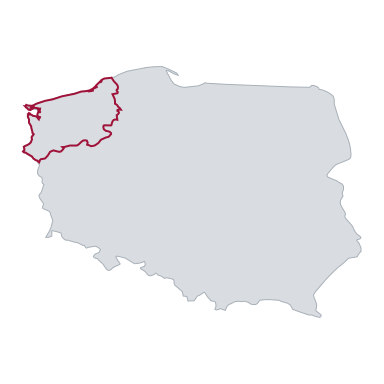 where West Pomeranian sits in Poland
{"feature_id": "POL-3142", "entity_name": "West Pomeranian", "entity_type": "Voivodeship", "adm_level": 1, "iso_a3": "POL", "parent_name": "Poland", "parent_adm1": "", "projection": "natural_earth1", "projection_center": [15.248, 53.587], "detail": "fine", "context": "in_parent", "style": "outline", "palette": "rose", "viewbox_px": 384, "rotation_deg": 0, "n_neighbors": 0, "source": "natural_earth", "source_scale": "10m", "svg_char_len": 6888}
<svg xmlns="http://www.w3.org/2000/svg" viewBox="0 0 384 384"><path d="M342.8,208.8L344.7,211.8L345.5,214.1L344.8,216.0L345.2,217.8L352.2,225.8L355.0,231.6L356.7,233.8L360.5,236.8L360.9,238.0L359.5,239.1L357.3,239.5L356.7,240.5L359.1,243.3L361.0,247.9L361.0,251.6L359.7,252.6L358.2,254.8L357.2,256.8L348.4,258.3L346.3,260.5L341.6,264.7L338.4,267.1L333.7,271.5L326.2,279.1L315.4,291.8L313.5,294.8L314.0,297.2L316.2,302.9L316.7,305.4L316.4,307.8L315.8,309.9L316.0,310.8L321.0,314.8L321.2,315.6L320.8,316.6L319.8,317.4L316.0,316.6L311.8,314.9L310.4,315.1L308.2,314.8L298.8,311.6L292.5,309.2L291.8,307.6L290.5,305.2L287.8,303.3L281.7,301.6L279.2,300.3L269.3,299.6L265.0,299.6L262.0,300.1L260.0,300.0L257.4,303.5L255.6,304.5L252.9,304.6L250.6,304.0L248.1,302.2L244.2,301.2L241.4,301.7L239.4,301.3L237.6,301.2L237.0,301.5L235.6,301.5L233.5,302.3L231.3,303.6L228.8,304.5L226.9,306.5L225.3,310.4L220.4,308.6L218.8,309.4L216.6,309.9L215.0,309.4L215.3,308.0L216.0,306.5L215.9,304.4L215.4,302.1L213.9,301.3L211.7,301.0L210.5,300.5L210.4,299.8L209.2,298.8L207.1,296.3L205.2,293.1L203.9,292.2L202.0,293.7L199.2,295.4L197.4,296.0L194.1,300.8L187.9,301.0L187.5,298.7L186.8,296.5L183.1,296.0L183.0,294.7L182.2,291.5L174.8,285.2L173.9,282.6L174.2,281.6L173.7,279.9L172.1,278.9L166.3,277.7L164.9,278.4L163.5,277.7L161.4,276.2L157.8,275.0L157.4,274.4L156.1,273.3L155.4,273.1L154.9,273.8L153.9,274.7L150.2,275.9L148.7,275.4L147.3,274.4L145.8,272.2L143.5,270.3L141.7,269.6L140.6,268.6L140.4,267.8L144.4,266.3L145.3,264.6L144.7,261.7L144.1,261.3L142.5,262.3L139.1,263.2L136.0,263.6L134.4,263.6L125.4,258.2L119.6,256.6L116.1,256.1L115.8,256.7L117.3,259.7L120.0,263.4L119.9,264.4L114.9,266.6L112.8,267.8L111.0,269.6L109.4,270.4L108.0,270.2L106.6,269.4L102.8,263.9L98.2,259.7L97.6,258.7L96.1,258.5L94.1,257.5L93.4,256.3L94.4,254.9L95.8,253.7L98.3,252.9L99.1,252.2L99.5,251.1L100.5,249.7L100.2,249.2L98.4,247.7L95.8,246.2L88.4,247.3L86.4,248.1L85.3,247.1L84.4,245.5L82.6,245.3L80.0,243.9L77.0,242.5L74.1,242.1L68.0,240.2L65.6,240.1L64.3,239.4L62.9,237.9L61.7,236.3L61.0,233.0L56.5,231.6L52.1,230.6L51.7,231.1L51.9,234.4L51.7,236.2L48.7,237.3L45.8,237.4L46.0,236.8L49.5,230.9L51.1,227.1L52.8,220.3L50.7,214.9L50.1,212.4L49.1,211.2L43.0,208.6L42.5,207.7L43.5,204.1L43.0,202.6L41.6,201.0L39.6,197.9L38.9,195.3L41.4,192.1L43.1,186.7L44.0,184.5L42.4,183.3L42.0,181.6L42.4,179.1L41.6,177.3L39.4,176.1L38.0,174.5L37.4,172.5L37.9,169.5L39.6,165.3L36.1,160.2L27.4,154.4L23.2,150.2L23.6,147.9L25.4,145.8L28.7,143.9L31.3,140.5L32.7,136.5L32.8,132.9L29.0,121.2L28.4,118.3L27.7,113.8L35.3,116.3L38.5,117.6L38.1,116.1L37.5,114.7L37.9,112.8L37.7,109.8L30.8,108.3L26.3,107.8L25.8,105.7L26.2,104.4L27.5,105.2L32.0,105.5L43.0,101.5L62.0,96.3L82.3,91.4L87.0,90.9L91.8,89.9L93.5,88.1L95.3,86.8L98.0,83.6L104.1,78.7L114.9,76.9L118.9,74.5L127.3,71.2L146.4,67.5L154.4,66.7L162.3,66.6L169.3,69.5L176.8,73.1L178.2,75.3L174.1,73.9L168.2,70.7L166.1,70.6L171.2,80.4L174.0,83.9L179.6,86.5L184.3,87.4L198.5,85.8L203.5,83.7L205.0,82.7L206.3,83.2L225.0,84.3L290.1,86.9L308.8,87.3L309.9,87.1L311.7,85.4L314.1,85.6L316.8,86.6L318.2,87.4L318.7,88.3L319.1,89.3L320.6,89.5L323.4,90.3L327.2,92.0L330.2,93.7L333.1,96.1L334.1,98.9L334.3,102.0L334.2,104.0L338.9,119.4L345.8,133.4L348.4,140.2L349.5,143.8L350.5,149.1L350.9,152.8L351.0,154.9L350.6,157.7L348.8,159.4L336.8,164.3L334.5,165.8L331.1,169.6L327.9,173.5L327.2,174.8L327.0,175.7L327.8,177.0L332.2,179.0L336.7,180.7L338.2,182.0L341.5,183.6L342.8,185.0L343.5,186.3L343.5,189.2L342.2,193.2L343.0,196.2L341.6,198.3L340.4,200.5L340.4,204.5L342.8,208.8Z" fill="#d9dde1" stroke="#a8b0b8" stroke-width="1"/><path d="M39.2,162.3L37.3,160.6L35.3,160.0L34.3,159.0L33.7,158.8L33.3,158.5L32.2,156.7L31.7,156.3L28.1,154.2L27.2,153.8L26.1,152.8L25.4,152.6L24.7,152.6L24.0,152.4L23.4,152.0L23.0,151.4L23.9,150.8L24.3,150.3L24.4,149.5L24.4,149.0L24.0,147.4L23.8,147.0L23.8,146.7L25.4,145.8L27.4,145.0L29.4,143.8L30.4,142.9L30.9,142.2L31.0,141.8L32.0,139.4L31.9,138.8L31.7,138.1L31.6,137.5L31.7,136.9L31.9,136.4L32.3,136.0L32.6,135.8L32.9,135.5L33.7,134.2L33.3,133.9L33.2,133.7L32.7,133.3L32.5,133.1L32.4,132.7L32.4,131.9L32.3,131.5L32.1,130.7L31.4,128.2L31.1,126.0L30.4,125.1L30.0,124.2L29.2,123.2L29.0,122.4L29.0,121.4L29.0,119.8L29.0,119.4L28.3,117.8L27.8,116.9L27.9,116.3L27.9,115.1L28.2,115.0L28.8,114.8L29.3,114.5L29.3,114.2L28.7,113.9L29.1,113.7L29.1,113.4L28.7,113.3L28.9,113.0L29.3,113.2L29.7,113.4L30.1,113.6L30.5,114.4L31.0,114.7L31.9,115.0L32.6,115.6L32.9,115.8L34.4,116.0L36.2,116.5L36.8,116.9L37.3,117.4L38.4,119.0L38.8,119.4L39.0,118.6L39.1,118.2L39.4,117.9L39.9,117.7L39.8,117.3L39.9,117.1L39.5,117.0L38.7,116.9L38.3,116.8L37.3,114.9L37.5,113.9L38.3,112.1L38.7,112.3L39.0,112.3L39.4,112.1L39.9,112.1L39.7,111.0L39.8,110.2L40.0,109.4L40.1,108.6L39.9,108.6L39.8,109.1L39.6,109.4L38.8,110.0L39.0,110.3L38.7,110.2L38.4,110.1L38.1,109.8L38.3,109.6L38.6,109.3L38.8,109.2L38.3,108.4L37.5,108.1L33.8,107.8L33.3,107.4L33.7,106.5L33.6,106.4L33.2,106.7L32.9,106.7L32.7,106.6L32.3,106.5L32.0,106.6L31.8,106.8L31.5,107.1L31.2,107.4L32.2,107.5L32.8,107.7L33.1,108.0L33.0,108.5L32.6,108.9L32.2,109.0L31.9,108.9L31.0,109.3L30.6,109.4L30.1,109.5L30.1,109.8L30.5,109.9L30.5,110.0L30.1,110.0L29.8,110.0L29.2,109.8L28.8,109.8L28.3,109.5L26.7,107.7L25.9,107.4L25.6,106.8L25.0,106.2L25.3,106.2L25.6,106.0L26.2,104.9L26.7,105.1L27.1,105.3L28.1,105.6L31.4,105.8L32.7,105.6L34.0,105.1L36.4,103.7L45.2,100.8L52.8,99.3L62.0,96.3L68.0,95.1L74.5,93.8L81.0,91.6L86.3,91.1L90.0,90.2L89.6,90.5L87.9,91.0L88.6,91.4L91.6,91.0L91.6,90.8L91.3,90.8L91.3,90.5L92.9,90.5L92.9,90.3L92.9,90.2L92.7,90.2L92.7,89.5L92.0,89.5L90.2,89.9L91.3,89.5L92.7,88.8L94.7,87.0L94.3,87.6L93.6,88.2L93.3,88.5L93.6,88.4L94.2,88.3L94.7,88.2L95.2,87.8L96.3,87.3L96.8,87.0L96.4,86.4L95.7,86.3L95.4,86.6L94.9,87.0L96.3,85.2L100.1,81.5L100.0,82.1L100.3,82.2L100.8,82.1L101.3,81.7L101.5,81.1L101.3,81.0L100.8,81.1L100.3,81.5L101.0,80.4L102.2,79.6L104.4,78.5L111.3,77.8L111.5,77.7L111.6,77.8L113.9,81.3L116.7,84.2L117.7,85.8L118.0,87.8L117.7,89.0L116.8,89.6L116.6,90.4L116.9,91.0L117.6,91.7L117.7,92.7L117.2,93.3L112.5,94.2L114.7,99.0L115.0,101.4L115.0,103.7L116.4,104.5L117.2,105.2L118.5,107.2L119.5,107.8L120.2,108.6L120.9,109.7L119.0,109.5L117.4,110.1L117.4,110.9L118.1,111.1L118.7,111.9L119.0,112.8L118.1,114.1L116.7,115.2L117.3,119.8L116.0,119.5L114.8,119.6L113.6,120.0L112.7,121.1L112.1,122.5L111.3,125.3L110.3,125.4L104.1,125.3L103.4,126.1L103.4,127.8L103.9,129.3L106.0,130.9L108.6,131.4L109.8,131.9L110.9,132.9L111.1,134.1L110.1,135.1L109.3,136.2L108.3,136.9L105.9,137.5L101.0,139.7L98.4,143.0L95.1,145.3L93.1,145.9L91.0,146.2L89.0,145.2L87.1,144.7L87.7,142.7L86.8,140.6L85.1,140.3L83.3,140.5L81.6,141.6L78.6,144.5L76.9,145.5L70.0,145.5L64.3,147.0L62.4,147.1L63.1,147.8L64.0,147.9L62.7,149.8L60.7,151.6L58.9,151.8L53.4,150.4L50.1,151.8L47.9,155.4L45.3,158.3L43.6,158.8L40.8,159.2L40.0,160.0L39.2,162.3Z" fill="none" stroke="#9f1239" stroke-width="2"/></svg>